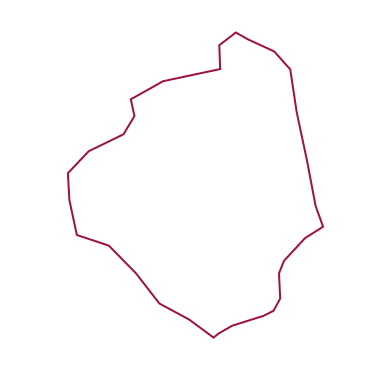 an SVG outline of Centar župa, rotated 258°
{"feature_id": "MKD-2951", "entity_name": "Centar župa", "entity_type": "Statistical Region", "adm_level": 1, "iso_a3": "MKD", "parent_name": "North Macedonia", "parent_adm1": "", "projection": "albers", "projection_center": [20.577, 41.464], "detail": "fine", "context": "isolated", "style": "outline", "palette": "rose", "viewbox_px": 384, "rotation_deg": 258, "n_neighbors": 0, "source": "natural_earth", "source_scale": "10m", "svg_char_len": 548}
<svg xmlns="http://www.w3.org/2000/svg" viewBox="0 0 384 384"><g transform="rotate(258 192 192)"><path d="M130.8,313.0L123.4,293.0L105.6,267.7L94.4,260.2L69.5,256.1L58.9,247.1L56.0,236.2L52.9,203.7L48.0,188.4L45.1,182.8L67.6,162.9L89.7,136.9L124.1,120.3L156.8,99.5L173.9,70.4L209.8,70.4L236.2,74.5L253.4,99.5L262.7,137.0L278.3,151.5L295.4,151.4L306.4,186.8L306.4,218.0L306.4,245.1L329.9,249.2L338.9,268.0L329.3,278.9L312.4,301.6L291.5,313.6L248.4,311.0L198.6,311.0L152.4,310.0L130.8,313.0Z" fill="none" stroke="#9f1239" stroke-width="2"/></g></svg>